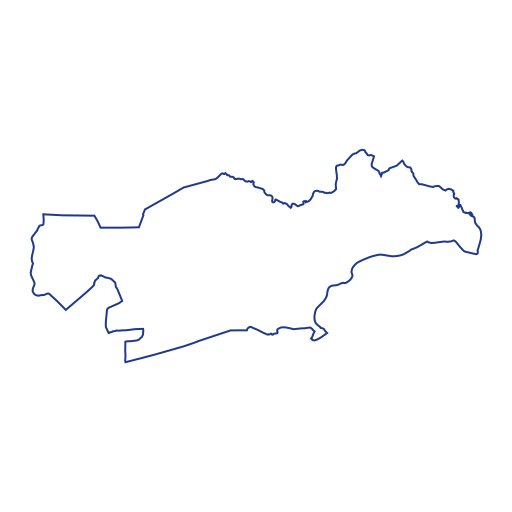 Passore, Passoré, Burkina Faso (Albers equal-area conic projection)
{"feature_id": "67063806B82563699600395", "entity_name": "Passore", "entity_type": "district", "adm_level": 2, "iso_a3": "BFA", "parent_name": "Burkina Faso", "parent_adm1": "Passoré", "projection": "albers", "projection_center": [-2.033, 12.893], "detail": "fine", "context": "isolated", "style": "outline", "palette": "blue", "viewbox_px": 512, "rotation_deg": 0, "n_neighbors": 0, "source": "geoboundaries", "source_scale": "gbopen_adm2", "svg_char_len": 6066}
<svg xmlns="http://www.w3.org/2000/svg" viewBox="0 0 512 512"><path d="M65.8,309.9L85.6,293.0L92.2,287.0L93.7,285.5L93.8,285.0L94.3,283.9L94.1,283.4L94.2,282.8L94.7,282.0L95.1,280.6L98.0,278.0L98.3,276.9L98.9,275.9L99.4,275.6L100.7,275.4L100.7,275.7L101.6,275.7L102.6,276.0L105.2,277.4L108.2,278.0L111.1,278.8L115.2,282.6L115.9,287.0L116.2,287.5L116.9,288.3L117.7,289.9L122.2,300.9L119.3,303.0L108.6,307.8L107.3,309.0L107.0,310.1L106.4,315.8L105.8,322.5L105.8,325.6L105.9,327.1L107.9,331.5L108.6,332.6L108.6,333.0L109.0,333.1L109.9,332.2L110.9,332.3L111.9,332.0L112.6,331.4L115.0,331.1L116.5,330.5L118.8,330.7L121.8,330.4L125.5,330.3L129.4,329.9L133.6,329.3L137.7,329.0L143.1,328.9L143.3,330.4L143.0,334.6L141.8,337.0L140.1,338.4L139.2,339.5L136.7,340.5L129.5,341.3L128.0,341.2L125.4,341.7L125.2,350.6L125.5,355.4L125.2,360.9L125.5,362.2L152.9,355.1L183.8,346.3L193.3,343.1L199.0,340.9L230.6,330.4L246.9,330.3L247.0,329.5L247.8,328.3L249.7,326.9L250.8,326.9L251.6,327.2L252.9,327.9L258.0,330.0L263.1,332.7L267.2,334.5L268.3,334.6L268.6,334.3L269.8,334.3L270.6,333.7L271.3,333.7L271.7,334.0L272.1,334.6L272.7,334.7L273.7,333.8L277.3,333.2L277.6,332.1L277.2,331.0L277.2,330.2L277.7,329.1L280.2,327.8L281.8,327.3L284.8,327.3L287.9,327.8L293.7,329.2L301.0,328.4L304.5,328.3L309.9,327.5L310.7,327.7L311.0,328.1L312.4,329.1L312.7,329.8L314.6,331.4L313.5,333.5L312.2,337.0L311.2,338.4L311.8,338.5L312.0,339.5L312.4,339.9L313.8,340.4L314.6,340.4L316.8,339.7L321.0,337.4L327.1,333.0L325.3,331.2L324.1,329.3L323.4,328.7L321.6,328.0L321.1,328.1L320.2,327.5L320.2,327.0L317.4,324.9L316.0,323.4L315.1,321.7L314.6,319.9L314.4,317.1L314.7,314.6L315.2,311.7L316.1,309.4L317.3,307.6L323.8,301.1L325.4,298.8L326.4,296.8L327.0,295.0L327.3,292.6L327.9,289.7L328.7,287.9L329.7,286.9L330.8,286.2L332.2,285.6L335.7,285.3L337.4,285.0L339.2,284.3L340.1,283.7L341.6,283.3L342.4,282.9L343.3,282.8L343.6,283.0L345.5,283.0L347.5,282.0L350.0,280.0L351.5,278.1L352.5,275.9L352.4,275.0L351.7,273.0L351.5,271.5L352.0,269.1L353.0,267.1L354.8,264.9L356.8,263.0L358.3,262.1L362.6,260.0L369.1,257.3L373.2,256.0L378.8,254.7L381.9,254.7L392.0,256.3L395.1,256.2L399.0,255.7L401.7,255.0L404.0,254.1L409.3,251.0L411.1,249.6L414.6,248.3L417.7,246.9L427.1,241.5L428.4,242.3L431.4,243.0L434.6,242.8L443.2,241.6L445.8,241.6L447.4,241.8L449.3,241.6L451.0,241.4L453.8,240.4L454.9,241.0L456.1,242.0L460.1,247.0L463.6,250.8L465.3,251.7L475.1,254.0L476.2,254.2L477.3,253.7L477.7,253.3L477.8,251.9L477.6,250.5L479.8,243.1L480.8,239.3L481.3,234.7L480.7,230.5L479.8,228.6L478.6,226.9L477.3,225.8L475.3,223.0L474.9,221.5L474.7,218.5L474.1,217.1L472.1,216.2L470.8,215.5L469.9,214.4L472.1,214.4L471.2,212.8L470.5,212.3L468.0,213.1L467.0,213.1L465.9,212.6L465.5,212.9L463.4,212.0L463.0,210.6L462.3,209.7L462.0,208.3L460.8,206.2L460.7,205.3L460.4,205.0L460.0,205.0L459.2,205.9L458.7,207.6L458.3,207.8L457.7,206.7L456.8,206.4L456.7,206.1L457.0,205.8L457.8,205.6L458.7,205.0L458.7,204.0L458.9,202.7L458.6,199.8L458.3,199.2L457.7,199.2L456.9,198.3L456.4,198.2L456.0,198.6L455.3,198.6L454.0,197.3L453.8,197.0L453.7,194.7L454.3,193.9L453.2,191.9L453.3,190.7L452.8,190.6L451.4,189.5L449.4,189.0L449.1,188.8L447.0,189.3L445.5,190.5L444.2,190.1L442.9,189.4L439.1,186.1L437.3,185.9L433.9,186.5L433.0,187.0L429.7,186.4L421.7,184.2L419.1,184.2L417.4,182.1L416.3,180.1L413.6,176.0L413.3,173.9L413.1,173.2L411.6,171.5L411.3,169.3L410.5,167.8L410.0,167.4L407.9,167.2L406.8,166.6L405.7,165.7L404.0,163.6L403.4,161.7L402.2,160.6L396.7,165.7L389.7,168.2L389.2,168.7L389.2,169.1L388.6,169.9L387.8,170.7L385.4,171.7L383.9,172.6L382.2,172.7L381.8,173.1L381.8,174.0L381.0,176.2L380.7,175.7L380.6,174.7L379.5,173.6L379.4,172.4L378.4,170.8L375.6,169.3L372.5,167.2L371.9,166.3L371.7,165.5L371.7,164.0L374.0,156.3L371.1,155.0L369.2,155.4L367.7,155.1L366.7,153.5L365.4,152.0L364.7,150.5L363.8,150.0L362.1,149.8L359.7,150.6L356.1,153.3L354.7,153.5L353.4,154.0L352.3,154.7L347.2,160.2L344.9,163.8L343.9,164.6L342.9,165.0L340.9,164.6L340.2,164.6L338.8,165.3L336.6,165.8L336.1,167.2L336.0,168.6L336.3,171.6L336.8,174.8L337.0,178.6L336.0,182.6L335.7,184.6L336.1,189.1L335.1,190.0L334.4,191.0L331.2,192.9L329.8,192.8L329.5,192.6L328.3,193.1L327.4,193.1L326.9,193.1L325.8,192.7L324.7,192.9L323.0,191.9L319.5,191.7L318.3,191.0L317.4,190.8L316.4,190.8L315.1,191.1L314.6,191.3L314.0,192.0L313.0,193.8L312.7,195.8L310.5,199.5L308.7,201.2L305.9,202.2L305.9,201.1L304.4,201.1L303.8,201.3L303.3,201.7L303.6,203.0L303.5,203.8L303.2,204.3L300.0,205.3L298.6,206.1L297.9,206.2L296.7,205.6L295.3,204.4L294.3,204.0L293.3,203.7L292.6,203.7L291.8,204.6L291.5,205.3L291.5,206.8L290.7,207.8L288.1,205.7L287.3,204.5L286.5,203.8L284.5,203.0L283.6,203.6L283.0,203.5L282.3,202.6L279.9,201.7L278.6,200.9L275.7,199.5L275.2,200.0L275.1,200.9L274.2,202.1L273.4,202.3L272.6,202.2L272.1,201.4L272.5,198.4L272.4,196.9L271.4,195.8L270.7,195.5L269.2,195.2L268.0,195.3L267.0,195.0L266.3,194.5L265.0,193.1L264.4,192.1L264.2,190.4L262.4,188.8L261.9,188.8L258.7,187.7L255.9,187.1L254.6,186.5L253.8,185.3L253.3,184.2L253.4,183.5L253.8,182.3L252.5,180.9L252.0,181.1L251.4,182.0L251.0,182.1L249.7,181.3L248.8,181.1L247.6,181.6L245.9,181.5L244.6,180.7L243.4,179.3L242.6,179.1L240.8,179.2L239.2,178.6L235.4,179.1L234.3,178.6L233.8,177.5L232.7,176.8L230.1,176.7L229.0,175.3L227.2,175.2L226.6,174.1L225.3,173.2L224.5,174.0L223.6,173.9L222.4,173.3L221.4,173.8L220.7,174.4L218.0,177.2L216.2,178.6L214.8,179.3L210.3,180.0L207.6,181.0L183.6,187.5L173.7,193.3L144.9,209.5L143.0,214.5L143.4,215.3L138.9,227.3L120.0,227.7L100.6,227.7L97.7,221.4L94.4,215.7L62.3,215.3L43.3,214.3L43.7,219.4L43.6,222.4L43.3,224.5L41.7,225.3L40.3,225.4L39.1,226.2L38.6,227.5L37.7,228.8L37.3,230.3L32.3,236.7L31.6,238.7L31.9,240.1L32.9,242.6L33.7,246.0L33.8,247.5L33.3,250.5L32.0,255.9L31.7,258.7L32.0,261.1L33.0,263.4L32.2,265.9L31.2,270.3L30.7,272.7L30.8,274.0L31.2,275.6L34.4,282.5L34.5,284.1L34.1,285.7L33.2,287.6L32.7,289.4L32.7,291.5L33.6,293.1L34.4,294.2L35.5,294.9L36.8,295.4L38.6,295.7L41.2,295.1L44.1,295.0L47.2,293.6L48.6,293.6L49.4,294.0L57.0,301.0L65.8,309.9Z" fill="none" stroke="#1e3a8a" stroke-width="2"/></svg>